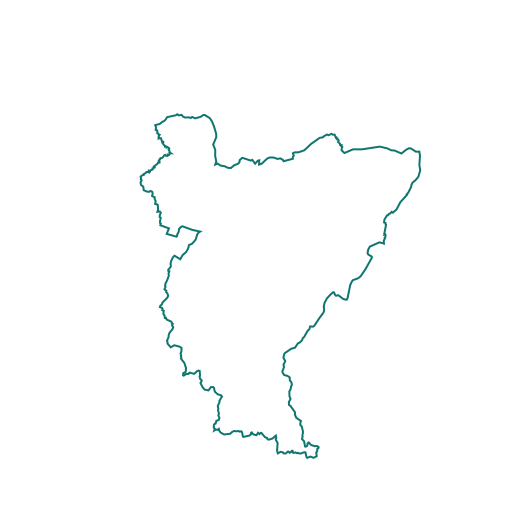 outline of Mueang Uttaradit, Uttaradit, Thailand, rotated 210°
{"feature_id": "78962969B38692905391521", "entity_name": "Mueang Uttaradit", "entity_type": "district", "adm_level": 2, "iso_a3": "THA", "parent_name": "Thailand", "parent_adm1": "Uttaradit", "projection": "equal_earth", "projection_center": [100.198, 17.685], "detail": "fine", "context": "isolated", "style": "outline", "palette": "teal", "viewbox_px": 512, "rotation_deg": 210, "n_neighbors": 0, "source": "geoboundaries", "source_scale": "gbopen_adm2", "svg_char_len": 6120}
<svg xmlns="http://www.w3.org/2000/svg" viewBox="0 0 512 512"><g transform="rotate(210 256 256)"><path d="M103.3,112.9L105.6,116.0L105.4,117.6L106.5,119.6L105.9,121.0L106.2,121.8L107.9,122.0L110.1,120.6L113.9,119.9L117.1,120.9L117.7,119.4L116.9,118.2L116.9,116.9L117.6,115.7L118.3,115.6L121.7,119.6L124.6,120.4L125.2,122.6L126.0,123.6L127.3,127.2L131.1,131.2L133.2,131.9L134.0,133.3L134.6,135.6L140.2,136.0L142.6,137.8L144.3,140.3L151.2,143.4L152.9,143.5L154.5,145.9L154.6,149.5L156.8,151.2L159.4,155.3L159.5,158.3L160.3,160.2L160.5,162.3L162.1,164.3L164.6,165.3L166.1,167.7L168.9,167.9L172.1,167.0L174.9,168.5L175.5,169.4L176.2,173.8L177.8,175.4L178.1,179.6L181.3,181.5L182.4,184.7L182.5,186.2L179.2,193.2L176.4,196.1L176.0,201.4L174.8,203.0L174.0,206.0L174.4,208.4L173.8,210.0L173.9,217.1L173.2,219.4L173.9,222.1L171.3,223.3L170.6,224.7L170.1,233.6L169.3,240.3L169.6,242.6L172.1,246.3L173.2,249.8L173.4,254.8L172.1,260.2L171.1,263.1L170.2,263.5L168.6,262.1L166.8,261.6L165.1,263.2L159.1,262.4L156.2,263.1L155.5,263.8L155.8,265.8L159.9,278.0L160.2,281.9L159.9,283.7L156.6,287.5L155.3,290.5L154.6,298.9L154.8,312.4L155.5,313.4L159.4,313.4L160.8,314.2L162.0,317.4L162.1,321.1L155.9,329.6L151.4,330.7L153.0,333.1L153.2,335.9L153.7,336.2L153.5,337.2L154.3,339.0L154.8,339.3L155.5,338.7L155.6,339.6L156.1,339.6L159.0,348.1L159.8,348.4L160.3,349.3L161.9,349.1L163.0,351.8L162.8,356.8L162.0,357.3L161.9,359.0L161.0,360.0L160.6,362.1L159.2,361.9L157.6,366.4L157.9,374.8L155.8,384.6L156.3,384.9L155.8,387.1L156.2,393.6L156.9,395.1L157.1,397.7L155.7,401.8L155.0,405.8L156.6,412.3L160.1,416.6L164.1,424.8L166.7,428.0L169.7,426.3L175.6,426.6L177.4,425.8L179.1,423.1L181.3,417.5L188.8,416.6L191.6,415.2L196.3,414.8L203.5,412.6L217.5,401.4L225.3,396.9L230.9,389.4L234.8,390.4L235.8,392.5L235.8,393.6L237.1,393.8L237.2,394.8L238.8,394.2L239.6,395.3L241.8,395.7L242.1,397.4L243.1,397.9L243.8,397.6L244.3,398.4L244.9,397.9L245.9,398.3L246.0,399.0L246.6,398.9L248.6,400.4L250.0,399.5L251.7,399.5L253.5,396.9L255.2,396.7L257.3,393.3L257.4,392.2L259.9,390.2L264.3,380.7L267.0,371.7L271.0,367.1L274.3,365.1L275.4,363.4L273.4,361.7L273.6,360.0L272.7,358.6L279.5,351.9L280.8,352.7L283.8,352.7L285.9,350.8L290.0,350.1L293.6,348.0L295.1,345.8L297.2,338.8L299.1,336.7L301.0,340.5L302.1,339.4L302.9,335.5L307.3,337.4L308.3,336.0L316.9,334.2L318.1,331.0L317.2,328.8L317.7,326.9L320.3,323.6L321.7,319.7L324.4,318.3L327.8,318.1L332.0,316.6L335.5,316.8L337.0,314.8L337.7,318.0L341.3,322.1L344.4,327.6L348.8,331.1L349.8,339.0L351.5,341.8L357.1,347.2L361.5,350.6L365.0,352.3L370.7,352.5L372.0,351.9L373.5,348.9L377.5,344.8L380.8,344.5L381.5,342.9L383.3,342.6L386.8,340.4L388.8,340.2L391.0,341.0L393.1,339.2L395.0,339.4L395.8,337.8L402.4,331.8L402.5,328.9L403.1,326.9L404.3,325.2L405.3,322.4L408.7,318.9L406.9,317.4L405.9,315.0L404.2,315.3L402.9,313.0L401.8,313.2L401.1,312.4L400.1,312.7L400.1,310.9L399.2,309.2L398.8,310.0L398.0,309.8L397.2,310.5L394.1,307.6L393.7,308.5L393.2,308.4L393.3,307.6L392.0,306.3L390.0,305.9L389.5,305.2L388.4,306.0L387.7,305.2L387.1,306.0L386.0,306.1L384.8,305.6L384.9,304.4L383.3,303.7L382.9,302.5L381.0,302.4L381.8,301.9L381.9,300.1L382.9,299.8L382.4,299.2L382.8,298.4L383.9,297.8L385.0,298.3L385.7,297.6L386.2,294.2L387.7,292.9L387.3,291.7L387.9,291.2L387.8,289.8L386.4,289.2L386.3,288.6L387.6,287.9L387.4,286.7L388.9,283.1L388.2,282.3L389.2,282.0L388.6,280.5L389.4,280.0L388.9,279.1L390.3,277.3L390.1,276.2L391.3,276.2L390.5,274.9L392.3,274.5L393.1,273.4L393.1,272.5L393.9,271.2L393.8,270.3L394.3,270.3L394.3,269.5L395.3,268.2L395.5,266.7L394.3,265.9L394.1,264.8L392.9,264.4L392.8,262.0L390.9,260.0L388.3,259.7L386.2,256.9L383.3,257.1L380.8,258.0L379.9,259.6L378.0,259.7L376.8,258.6L376.0,256.0L373.1,256.2L372.5,254.9L370.3,253.3L369.4,250.7L366.8,251.3L364.0,247.3L363.5,245.0L361.7,246.4L360.2,246.0L359.6,242.9L358.8,241.5L357.7,241.5L356.3,237.6L355.4,236.5L354.7,236.5L354.2,234.8L345.2,236.4L344.4,230.5L334.5,233.0L334.3,234.1L335.0,235.1L335.0,238.2L336.2,241.0L335.3,244.2L334.3,245.0L324.1,246.8L316.6,249.2L317.5,247.5L317.7,245.2L316.5,240.4L316.8,237.7L317.6,234.4L319.5,232.0L318.5,228.4L318.5,224.5L320.0,220.2L320.0,215.3L326.7,215.5L327.3,213.4L327.0,209.3L326.0,206.4L324.7,204.8L324.5,203.9L325.1,200.1L324.3,199.1L323.4,199.4L323.1,197.3L321.7,195.5L320.8,190.6L320.6,186.8L319.8,184.7L319.0,184.2L318.6,181.4L316.3,181.1L315.7,179.8L314.0,179.3L312.2,177.6L311.9,175.5L313.7,169.1L313.3,166.8L314.0,165.3L313.7,163.7L311.4,164.0L310.6,163.6L310.1,162.2L308.5,162.4L307.2,159.4L305.4,158.7L304.0,156.8L303.0,157.4L301.7,156.3L296.4,156.8L295.4,155.8L294.1,155.6L294.2,154.1L292.0,152.8L291.8,150.4L292.5,146.6L292.1,143.9L291.1,141.9L290.7,138.0L289.6,137.3L288.9,135.9L284.1,134.3L282.2,137.8L277.2,139.2L274.6,139.2L273.1,136.6L272.5,133.7L270.9,132.3L270.9,131.5L269.6,130.4L269.6,129.6L264.5,127.5L260.6,124.0L259.2,121.2L259.3,119.8L260.4,118.2L259.5,116.2L258.8,116.2L257.2,119.3L255.6,119.9L255.2,121.8L250.5,123.1L249.5,126.7L248.5,128.0L247.4,128.4L244.8,124.6L244.4,123.1L242.6,121.4L241.3,121.4L240.5,120.6L240.6,118.3L236.6,115.6L233.8,114.6L230.0,115.8L229.4,120.0L227.5,121.1L226.2,120.6L224.4,118.4L223.3,117.8L220.1,117.1L216.8,117.8L215.2,117.4L215.3,112.3L214.6,111.5L214.1,107.0L212.3,104.9L211.8,103.5L209.3,101.0L208.9,99.1L206.7,97.5L206.3,95.3L207.9,93.4L207.2,90.6L207.9,90.0L208.0,88.7L206.7,86.2L205.3,85.8L204.9,84.0L204.0,85.7L202.6,86.1L201.7,87.7L200.8,86.5L198.4,85.4L194.4,85.5L189.5,89.1L188.7,91.7L187.4,93.6L185.2,94.4L183.7,95.7L182.3,95.7L181.2,96.8L180.1,96.5L177.1,93.1L176.5,93.0L171.9,97.2L171.2,99.0L171.9,100.2L171.5,101.1L169.3,100.2L166.3,100.8L165.9,101.4L165.9,103.9L163.9,103.5L163.6,105.0L162.9,105.5L157.7,103.6L155.4,104.0L154.4,103.1L153.1,103.3L150.4,106.3L149.0,110.4L147.5,108.7L147.1,106.8L143.8,104.9L140.4,97.9L138.4,96.0L136.8,98.7L134.5,99.4L133.3,98.9L131.6,99.8L130.5,102.7L128.4,102.4L127.3,105.5L126.7,105.5L126.2,104.2L124.9,104.3L123.6,105.6L121.9,105.7L121.2,106.6L120.0,106.5L118.4,107.4L116.6,109.7L115.1,110.7L111.8,107.2L110.7,106.8L108.6,109.5L105.3,110.0L103.3,112.9Z" fill="none" stroke="#0f766e" stroke-width="2"/></g></svg>